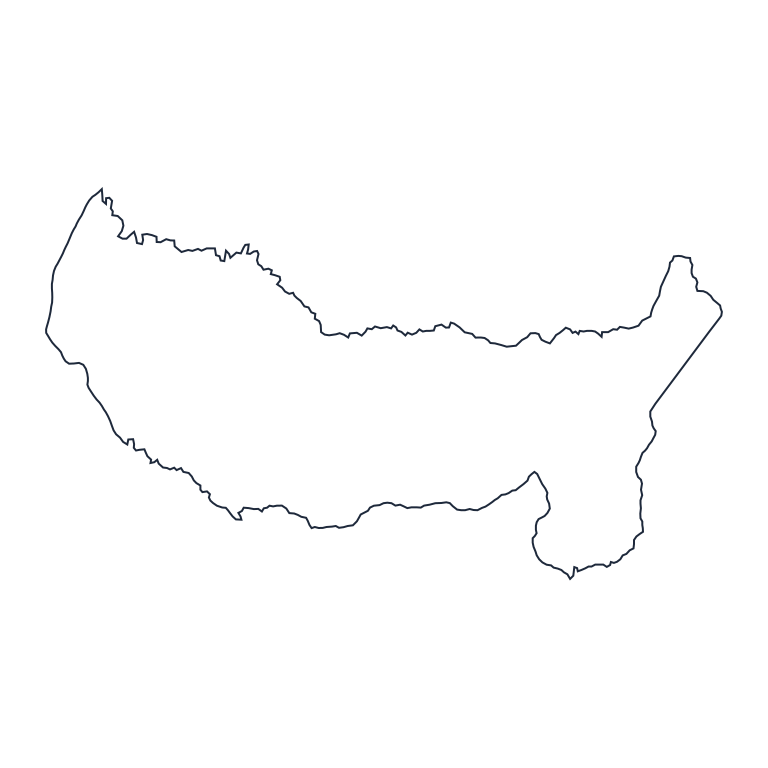 outline of Bom Jesus do Tocantins, Tocantins, Brazil
{"feature_id": "56859067B75355152775274", "entity_name": "Bom Jesus do Tocantins", "entity_type": "district", "adm_level": 2, "iso_a3": "BRA", "parent_name": "Brazil", "parent_adm1": "Tocantins", "projection": "mercator", "projection_center": [-47.87, -9.003], "detail": "fine", "context": "isolated", "style": "outline", "palette": "slate", "viewbox_px": 768, "rotation_deg": 0, "n_neighbors": 0, "source": "geoboundaries", "source_scale": "gbopen_adm2", "svg_char_len": 5960}
<svg xmlns="http://www.w3.org/2000/svg" viewBox="0 0 768 768"><path d="M721.9,311.8L720.7,308.6L720.1,305.5L717.2,303.0L713.3,299.8L710.7,295.9L706.9,292.7L703.3,291.2L697.4,290.9L696.2,286.8L697.4,282.4L695.9,278.6L692.9,276.7L691.6,273.1L691.6,269.6L692.4,265.0L690.5,261.5L690.1,258.0L685.7,257.6L681.7,256.2L678.4,255.9L673.9,256.4L672.4,260.5L670.0,262.6L669.5,266.7L668.2,271.2L665.8,276.0L660.9,286.8L660.0,291.1L659.2,295.7L656.3,300.8L653.5,305.9L652.2,309.4L651.2,312.6L650.5,316.4L642.2,320.6L638.5,325.7L632.9,327.6L628.7,328.6L624.0,327.6L619.9,326.9L617.1,329.7L613.2,329.2L608.2,332.1L602.1,332.1L601.6,336.8L598.1,333.6L595.1,331.5L591.8,330.9L586.8,330.9L583.6,331.5L579.7,330.9L578.4,334.1L575.5,331.6L572.6,332.9L570.1,329.4L565.8,327.7L563.1,330.1L559.6,332.9L556.0,335.1L554.1,338.0L549.9,343.4L545.4,341.7L541.6,339.8L540.0,337.1L538.7,334.1L535.4,333.1L530.5,333.3L527.2,337.2L522.0,340.0L519.4,342.5L516.0,345.7L506.7,346.7L501.1,345.0L495.0,343.4L490.4,343.0L488.1,340.3L484.6,338.0L480.7,337.5L475.5,337.6L472.2,333.9L464.7,332.3L459.6,327.4L454.1,323.6L450.8,322.6L449.0,327.5L445.8,327.6L441.5,324.6L435.3,326.2L433.8,330.5L429.6,330.9L426.1,330.9L422.8,331.5L419.4,329.4L416.3,332.8L412.0,334.6L407.7,332.7L405.4,335.5L401.4,331.9L397.5,330.5L396.1,327.4L393.2,325.5L391.1,328.4L386.9,327.1L380.7,328.2L375.0,326.5L371.8,329.2L367.4,328.4L365.5,331.7L361.7,335.6L356.9,332.8L349.9,333.4L348.2,337.5L344.0,334.8L339.7,333.2L336.0,334.3L329.1,335.3L324.7,334.6L321.1,332.1L320.7,324.9L319.1,321.1L314.8,318.7L315.3,313.8L311.3,312.3L308.5,307.4L304.4,306.4L300.7,301.0L296.8,298.0L294.4,295.6L293.1,292.8L289.2,293.8L285.0,291.5L282.1,287.7L277.1,284.3L280.3,280.2L279.7,276.8L275.0,275.2L270.8,274.1L271.8,270.3L268.4,268.7L263.5,269.7L261.3,266.2L258.3,264.3L257.0,260.3L258.5,254.0L257.1,251.0L253.8,251.5L250.1,253.9L247.0,253.5L248.1,249.5L248.7,244.5L245.3,244.9L243.6,247.6L240.9,253.4L236.4,252.6L230.4,257.8L229.1,254.0L226.0,250.7L224.3,261.1L220.7,260.5L219.5,256.2L216.0,255.2L214.9,248.4L206.7,248.4L201.5,250.7L198.0,248.9L192.4,250.9L188.2,250.0L181.5,252.0L174.7,246.3L174.2,240.5L170.5,240.4L166.2,239.2L160.6,242.2L156.7,242.0L156.5,236.8L151.9,235.1L147.0,234.0L142.3,234.7L143.1,240.1L142.0,244.1L137.0,243.0L136.0,237.5L134.1,231.8L130.6,234.8L126.5,238.7L122.6,238.7L118.1,236.3L121.8,231.1L123.4,225.7L122.3,220.3L117.7,216.0L112.3,215.2L112.8,211.3L110.8,208.5L112.1,200.8L109.3,197.8L106.1,198.2L106.0,203.9L102.6,201.0L102.4,196.8L102.2,193.7L101.8,189.1L98.5,192.3L95.4,194.8L92.4,196.8L89.2,200.5L86.8,204.4L85.3,207.3L83.7,211.0L81.6,215.4L78.9,219.6L76.8,223.5L75.6,226.4L73.8,229.3L71.8,233.2L69.4,239.0L67.6,243.3L65.7,247.0L64.2,250.2L62.9,253.4L61.2,256.8L57.5,263.8L55.7,266.7L54.0,270.9L53.0,275.5L52.6,279.9L51.9,283.9L51.9,288.4L52.2,292.8L52.3,297.3L52.1,302.5L51.2,306.7L50.6,311.3L49.4,317.2L48.0,322.6L46.9,326.3L46.1,329.4L46.2,332.9L48.4,336.5L50.0,339.2L52.3,342.6L55.2,345.9L58.4,349.1L61.0,352.2L62.3,355.6L63.8,358.6L65.6,361.3L69.1,363.7L73.9,363.5L79.0,362.9L83.3,364.8L85.9,368.9L87.3,373.8L87.9,377.9L87.9,381.0L87.4,384.6L88.6,387.8L91.1,391.7L93.8,395.8L96.6,399.5L99.6,402.7L101.9,406.0L103.9,409.5L105.8,412.2L108.0,416.2L110.2,421.0L111.9,425.8L113.6,430.4L116.1,434.3L120.0,437.6L123.1,441.9L127.3,444.5L128.3,439.5L133.1,439.2L134.1,444.1L133.8,447.8L136.0,450.5L139.5,449.8L144.4,449.3L145.8,452.7L147.4,456.2L151.1,459.6L150.5,463.0L154.3,462.2L157.2,459.8L158.7,463.6L163.0,467.5L167.0,468.0L170.0,469.4L174.2,467.7L176.6,470.1L181.0,468.1L183.4,471.9L188.7,473.0L191.8,476.5L193.8,480.4L196.4,483.1L200.4,485.5L200.4,489.7L202.4,492.1L207.0,491.4L209.9,494.2L208.9,497.5L210.4,500.6L213.0,503.0L216.9,505.7L222.2,507.5L225.8,507.8L228.0,510.3L229.9,512.9L232.6,516.4L235.9,519.4L241.4,519.7L240.5,516.4L238.4,512.9L241.9,511.0L243.7,507.7L248.7,508.1L253.9,509.1L258.3,508.9L261.9,511.5L263.8,508.3L267.1,507.7L269.5,505.7L273.1,506.4L276.8,505.7L281.9,505.6L286.3,508.5L289.3,513.1L294.2,513.5L297.8,514.9L301.3,516.8L306.1,517.8L307.7,520.7L309.5,525.0L311.6,528.1L314.8,527.0L318.7,528.0L322.8,527.9L326.5,527.0L332.0,526.6L335.8,526.0L339.0,527.8L343.5,527.2L347.7,526.0L352.9,525.3L356.9,521.3L359.0,517.6L360.7,514.5L364.4,512.6L367.9,510.8L370.0,507.6L373.9,505.7L379.6,505.1L383.5,503.2L387.3,502.7L391.5,503.2L395.4,505.6L400.1,504.7L403.6,506.3L407.3,508.1L411.6,507.3L416.4,507.3L420.8,507.6L424.1,505.6L429.6,504.7L435.3,503.2L441.3,503.0L446.3,502.3L449.8,503.1L452.8,506.2L457.1,509.6L461.2,510.2L465.1,510.2L469.7,509.0L473.5,510.0L477.5,510.2L482.0,507.9L485.5,506.6L488.9,504.4L492.3,502.0L494.8,500.0L497.7,498.3L501.5,494.9L505.4,494.4L508.6,493.1L512.3,490.6L515.7,490.2L519.0,487.5L523.5,484.1L527.5,480.6L528.9,476.7L531.4,474.3L534.4,471.9L537.2,474.0L542.2,484.1L545.4,488.7L547.4,492.9L546.7,496.4L547.2,499.5L549.1,503.6L549.8,508.6L547.4,513.0L544.6,516.0L541.6,517.6L538.6,519.1L536.7,522.2L535.9,525.7L535.9,529.9L536.6,533.2L534.9,535.9L532.7,538.2L532.7,542.7L533.6,546.9L535.5,551.5L536.7,555.3L539.2,559.3L542.4,562.4L546.6,564.7L551.1,565.4L553.6,567.6L557.8,568.6L561.4,570.0L563.9,572.3L567.4,574.3L570.1,578.9L573.3,575.7L573.9,570.6L574.3,567.1L577.1,568.1L577.8,571.3L581.4,570.0L585.3,568.3L588.6,566.5L591.6,566.5L595.2,564.6L599.0,564.6L603.3,564.6L606.8,566.9L610.1,565.0L610.9,562.0L613.9,562.9L617.0,561.8L620.3,559.3L622.7,555.4L626.4,553.9L629.7,550.3L633.5,548.4L634.0,544.1L634.0,540.0L636.4,536.5L639.7,534.0L643.0,531.8L642.8,528.1L642.3,525.0L642.3,521.5L640.5,518.3L640.3,513.5L640.9,508.3L640.5,503.7L640.5,500.3L642.2,495.2L641.0,489.7L642.0,483.6L640.9,479.7L638.0,477.0L636.2,472.0L636.2,466.7L638.5,463.0L639.8,460.3L640.9,456.9L642.5,452.9L645.0,450.7L647.0,448.3L649.0,444.7L651.7,441.4L653.3,438.3L655.2,434.8L655.7,431.1L653.7,428.3L652.4,425.5L652.0,421.6L650.3,416.6L650.3,411.5L655.4,403.7L659.0,398.9L709.2,331.7L719.4,318.4L721.3,315.7L721.9,311.8Z" fill="none" stroke="#1e293b" stroke-width="2"/></svg>